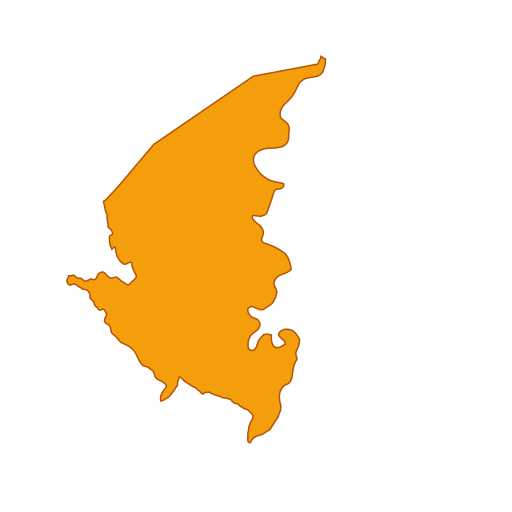 Nichula, Geylegphug, Bhutan (Natural Earth projection), rotated 145°
{"feature_id": "84629894B33123696098059", "entity_name": "Nichula", "entity_type": "district", "adm_level": 2, "iso_a3": "BTN", "parent_name": "Bhutan", "parent_adm1": "Geylegphug", "projection": "natural_earth1", "projection_center": [89.979, 26.796], "detail": "fine", "context": "isolated", "style": "filled", "palette": "amber", "viewbox_px": 512, "rotation_deg": 145, "n_neighbors": 0, "source": "geoboundaries", "source_scale": "gbopen_adm2", "svg_char_len": 6159}
<svg xmlns="http://www.w3.org/2000/svg" viewBox="0 0 512 512"><g transform="rotate(145 256 256)"><path d="M343.8,105.9L336.3,109.1L329.4,111.8L328.9,112.8L327.0,113.8L325.0,115.2L323.2,116.9L321.7,118.9L321.0,120.4L319.8,123.6L318.5,125.8L317.2,127.9L314.9,130.4L313.0,131.8L310.0,133.1L307.7,133.6L306.1,133.6L303.0,133.0L301.4,133.1L299.1,133.8L297.7,134.7L295.9,136.3L289.6,142.9L287.8,144.6L285.7,145.9L282.1,147.7L281.5,148.2L281.1,148.9L279.6,153.0L279.2,153.6L277.3,155.2L273.8,157.2L272.5,158.1L268.9,161.6L268.4,162.2L268.0,163.9L267.8,168.2L268.0,170.8L268.7,173.3L269.4,174.8L270.9,176.8L272.8,178.4L274.2,179.3L276.4,180.1L278.0,180.3L280.4,180.1L281.9,179.3L282.5,178.8L282.9,178.1L283.0,177.3L282.6,174.7L281.7,170.5L281.7,169.6L282.4,167.1L288.5,167.4L292.0,169.3L293.2,171.7L293.0,175.0L291.5,178.5L288.7,182.5L290.5,184.4L292.2,186.1L295.0,187.2L302.0,185.5L308.0,181.2L311.0,180.1L313.0,180.6L315.0,182.8L315.0,185.3L313.7,187.4L311.5,190.4L308.7,192.6L308.0,192.7L306.6,193.6L304.4,194.3L298.3,194.6L295.9,194.9L293.1,196.4L292.0,197.6L291.5,198.3L291.3,199.1L291.0,202.6L291.2,203.4L293.6,206.8L294.4,208.3L294.9,210.0L295.0,212.5L294.7,214.2L293.8,216.6L293.2,217.2L292.5,217.6L291.7,217.8L290.1,217.8L288.7,217.2L288.0,216.7L284.9,211.7L283.4,209.8L282.8,209.2L280.7,208.0L272.0,207.8L269.6,208.0L263.8,210.8L261.3,212.9L260.1,214.0L259.6,214.7L258.9,216.3L258.5,217.9L258.1,220.4L257.3,222.9L256.8,223.6L256.2,224.1L254.2,225.5L251.2,226.6L249.6,226.7L247.2,226.5L240.3,224.8L236.3,224.6L234.8,225.0L233.6,227.3L231.3,233.7L230.7,237.0L230.7,239.6L230.8,241.3L231.3,243.0L232.2,245.3L233.8,249.2L235.5,252.5L237.7,256.0L240.5,260.2L242.1,262.2L242.4,262.9L242.7,264.6L242.5,265.4L241.8,266.6L237.9,269.5L236.7,270.7L235.9,272.1L235.4,273.7L235.1,276.3L235.1,278.0L235.3,278.9L236.6,282.9L237.2,285.4L237.4,288.0L237.3,288.8L237.1,289.6L236.5,290.3L235.9,290.8L235.1,290.8L233.8,289.8L230.2,286.4L229.6,286.0L227.3,285.1L225.0,284.6L224.2,284.7L222.6,285.1L221.9,285.5L219.9,286.8L211.3,293.0L204.2,298.5L202.7,299.0L201.9,299.1L199.7,298.3L197.5,297.1L196.8,296.9L196.0,296.8L195.2,296.9L193.7,297.3L193.0,297.7L192.0,298.8L192.0,299.6L192.4,300.2L198.2,306.3L199.8,308.2L201.2,310.3L202.1,311.7L202.8,313.3L204.0,316.4L204.5,318.0L205.1,320.5L205.4,322.2L205.4,324.8L205.3,329.1L204.9,331.6L204.5,333.3L203.4,335.6L202.5,337.0L201.3,338.1L200.0,339.1L198.5,339.8L197.8,340.1L194.6,340.5L191.5,340.2L187.7,339.1L185.5,338.0L178.0,333.3L175.8,332.2L173.6,331.2L171.3,330.5L169.7,330.3L167.3,330.5L165.8,330.9L163.7,332.0L162.4,333.0L155.7,341.5L154.8,342.9L154.4,344.6L154.3,346.3L154.8,348.8L156.3,353.7L156.4,354.6L156.3,355.4L155.8,357.0L154.4,359.1L153.3,360.3L151.3,361.8L149.2,362.9L146.9,363.7L141.4,364.5L136.8,365.6L133.7,366.5L130.0,368.1L123.0,372.0L120.8,372.9L119.2,373.2L116.0,373.3L114.5,373.2L113.7,373.0L110.0,371.5L104.2,368.7L101.9,367.9L99.6,367.7L98.0,367.8L96.4,368.3L94.3,369.4L89.8,373.0L89.3,373.5L86.1,377.4L87.3,379.9L88.2,382.3L89.8,380.7L91.9,379.9L95.3,377.8L155.1,404.8L275.6,406.1L327.6,392.3L347.0,388.1L349.6,388.3L353.7,378.4L353.9,376.4L354.5,374.9L356.2,372.7L357.5,369.9L358.2,369.0L358.5,367.8L358.9,366.7L360.4,365.1L360.5,363.7L360.0,362.4L359.8,361.3L359.7,359.8L360.0,358.0L360.4,356.6L361.2,356.2L363.9,356.4L364.7,356.1L365.3,355.6L368.1,351.2L368.3,350.4L368.7,349.5L369.4,348.5L369.7,346.3L370.2,344.2L367.2,344.6L366.5,344.1L366.8,342.8L369.6,336.8L369.9,336.0L370.1,333.4L370.2,330.8L370.1,329.1L369.8,327.4L369.2,325.8L368.8,325.1L368.2,324.5L366.7,323.9L364.3,323.6L362.8,323.1L362.1,322.6L361.9,321.9L362.1,321.0L363.2,318.7L363.8,317.1L364.6,313.8L365.4,308.7L365.7,307.9L366.3,307.4L367.0,307.0L368.6,306.6L372.5,306.2L376.4,305.5L377.3,305.6L377.8,306.1L380.5,312.4L381.8,317.3L382.1,318.1L382.6,318.8L383.2,319.3L387.0,320.7L387.6,321.2L388.4,322.6L389.0,324.2L389.8,329.3L390.1,330.1L391.3,331.2L392.8,331.6L395.2,331.9L397.4,330.8L400.1,329.2L401.7,329.1L402.9,330.2L403.9,331.5L404.5,332.0L408.5,332.6L410.0,333.0L410.7,333.4L411.3,335.0L411.9,337.5L412.3,338.2L414.8,340.3L415.5,341.9L415.9,343.5L416.5,345.1L417.2,345.4L418.7,345.8L420.7,347.2L424.8,344.6L425.3,344.0L425.6,343.2L425.8,342.4L425.9,340.6L425.7,339.8L425.3,339.1L423.9,338.3L421.7,337.8L420.9,337.1L420.2,336.3L418.3,331.6L417.6,330.6L417.4,329.1L417.0,328.4L414.4,325.7L413.7,324.5L413.8,321.2L413.9,319.8L414.8,318.8L415.7,317.5L416.1,316.4L415.7,314.8L415.3,311.8L415.3,311.1L416.1,309.1L416.3,308.2L416.2,306.9L415.6,304.4L415.6,302.3L415.0,301.3L414.4,300.9L412.1,300.2L411.4,299.8L411.1,299.0L411.2,297.3L411.6,294.7L411.9,293.9L412.3,293.3L414.5,292.2L415.9,291.3L417.0,290.1L417.4,289.4L417.7,288.5L417.7,287.7L417.5,286.9L416.1,283.7L416.0,282.9L416.0,282.1L416.4,280.4L417.9,277.4L418.2,276.6L418.3,275.7L418.2,274.9L416.9,270.0L416.6,264.8L416.3,263.1L415.6,261.6L413.9,258.7L412.3,255.7L411.1,252.5L410.5,250.0L410.3,248.3L410.3,245.8L411.8,236.5L411.7,232.2L411.5,231.4L411.1,230.6L409.0,228.0L408.2,226.5L406.5,221.7L406.3,220.0L407.3,216.8L407.8,215.1L407.9,214.3L407.7,212.6L407.2,211.0L405.4,208.1L404.7,206.6L403.9,204.2L403.6,202.5L403.7,201.6L404.1,200.9L404.6,200.3L405.3,199.9L407.6,199.3L410.6,198.1L412.8,197.0L414.1,196.1L415.3,195.0L417.2,191.9L415.6,191.2L414.8,191.0L408.9,190.5L402.8,192.0L399.3,193.2L398.1,193.9L394.8,194.9L392.8,197.2L391.6,198.3L388.8,200.3L388.3,201.0L387.5,200.1L387.2,199.2L386.4,194.7L385.9,193.3L382.9,185.9L381.0,182.4L380.5,179.7L380.0,178.7L379.6,177.3L379.6,176.1L379.2,173.8L378.4,173.3L376.6,173.6L375.9,173.5L374.4,172.4L372.0,171.1L371.6,169.4L369.8,166.6L367.9,164.0L367.4,163.3L366.7,162.6L365.6,160.9L365.0,159.4L362.5,157.2L361.0,155.6L360.3,154.5L359.2,153.4L359.0,151.9L358.3,148.4L357.8,147.4L356.8,146.4L355.6,145.4L355.5,143.5L354.6,140.8L353.7,139.3L353.6,138.6L352.8,137.0L351.3,135.4L350.9,134.4L349.8,128.2L350.0,127.2L351.7,125.0L353.1,124.1L355.3,123.3L359.6,120.3L360.8,119.2L361.4,118.2L363.8,116.0L364.9,114.8L365.2,114.2L367.8,110.7L369.0,108.3L368.4,106.6L367.1,106.6L365.2,107.7L363.3,108.2L361.9,108.5L361.0,108.3L358.5,108.1L354.1,106.5L352.8,106.3L343.8,105.9Z" fill="#f59e0b" stroke="#b45309" stroke-width="1.5"/></g></svg>